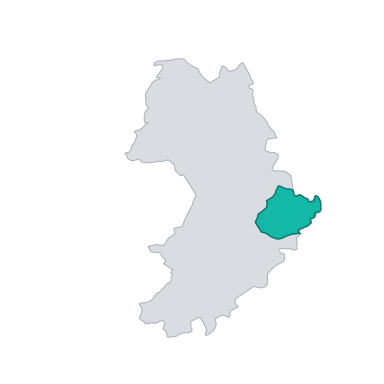 Siguiri on a map of Guinea (Natural Earth projection), rotated 58°
{"feature_id": "GIN-5657", "entity_name": "Siguiri", "entity_type": "Prefecture", "adm_level": 1, "iso_a3": "GIN", "parent_name": "Guinea", "parent_adm1": "", "projection": "natural_earth1", "projection_center": [-9.321, 11.681], "detail": "fine", "context": "in_parent", "style": "filled", "palette": "teal", "viewbox_px": 384, "rotation_deg": 58, "n_neighbors": 0, "source": "natural_earth", "source_scale": "10m", "svg_char_len": 5301}
<svg xmlns="http://www.w3.org/2000/svg" viewBox="0 0 384 384"><g transform="rotate(58 192 192)"><path d="M229.9,251.7L227.2,251.3L226.0,251.9L222.4,256.8L220.2,258.7L216.9,258.1L215.7,258.4L214.8,257.9L216.0,255.2L217.8,249.9L222.2,244.6L222.3,243.5L220.5,240.3L218.6,236.1L218.6,231.6L218.2,228.3L214.3,227.3L213.6,226.8L213.5,225.7L215.7,220.0L215.9,218.9L215.6,217.8L213.2,214.9L209.5,209.6L203.1,198.5L200.7,196.2L198.4,192.8L197.5,190.7L195.1,189.9L172.7,190.1L172.3,192.9L164.6,194.9L159.8,192.7L154.5,194.0L152.0,195.4L150.0,201.9L148.8,203.2L147.7,206.1L146.7,207.7L145.5,210.9L143.0,215.4L140.3,218.3L135.8,219.9L134.4,224.7L133.4,226.5L131.6,227.8L129.8,228.7L126.1,227.8L124.0,228.7L123.7,227.5L124.9,223.7L124.0,221.8L120.4,217.8L120.1,215.9L119.0,213.5L114.4,208.5L110.1,208.8L111.3,204.5L111.3,198.9L109.8,195.9L110.2,192.7L109.4,192.9L107.9,195.1L105.6,194.4L100.9,191.1L98.5,187.8L98.3,185.1L97.7,184.0L96.3,184.6L93.3,184.5L84.3,179.6L78.0,167.3L77.8,164.5L78.8,159.7L78.6,158.4L75.6,161.6L75.1,159.5L72.8,154.5L72.2,151.7L70.1,150.4L68.3,150.2L67.0,151.1L65.2,156.9L63.9,156.9L62.5,155.6L62.8,151.3L66.3,145.9L72.2,132.3L74.3,129.2L75.6,128.1L78.3,127.9L83.7,126.1L90.3,121.9L95.3,122.2L101.2,121.7L109.0,118.8L109.1,109.6L108.8,107.6L106.1,105.7L104.5,104.1L103.1,102.1L101.5,100.7L101.5,99.1L105.0,97.2L108.1,97.2L109.2,96.5L109.9,95.2L110.9,91.9L111.2,88.4L109.1,83.7L109.3,80.4L120.6,80.8L126.8,81.8L131.9,82.0L132.7,82.8L132.0,86.0L132.6,87.9L134.4,88.4L137.2,86.2L138.7,86.7L141.9,89.5L144.8,90.2L148.1,91.7L151.1,92.6L153.8,92.5L155.8,94.0L159.6,94.5L164.5,92.5L168.4,91.7L173.7,91.4L176.6,92.1L184.8,90.5L191.2,91.4L190.2,92.5L187.3,99.8L187.6,101.1L194.2,107.3L195.7,107.8L197.5,106.9L200.3,104.1L202.6,101.0L204.7,99.5L207.2,99.6L209.2,101.7L213.9,110.9L215.1,112.1L216.2,112.1L218.2,110.4L219.3,108.4L223.6,102.3L230.3,99.3L246.2,106.2L248.6,106.7L250.0,106.2L251.9,102.1L258.0,98.6L260.8,97.6L262.5,97.5L263.1,96.4L263.4,94.7L263.1,93.0L261.2,89.9L261.2,88.9L262.2,88.3L264.5,87.9L267.5,88.2L270.8,89.5L273.5,91.5L275.1,93.8L278.0,103.5L281.4,111.1L281.3,121.3L282.8,122.4L284.4,122.8L285.2,123.6L286.8,127.8L288.3,129.0L290.2,129.3L293.6,132.0L295.8,133.1L296.1,133.9L296.1,135.0L295.2,136.4L291.9,139.2L290.2,141.6L286.8,147.4L286.7,148.5L287.5,149.3L288.9,149.4L290.4,149.0L293.5,146.9L295.9,147.7L298.3,149.3L299.2,150.9L299.4,153.1L298.9,156.0L298.8,159.1L299.6,164.5L300.8,169.9L302.0,171.9L309.9,176.6L310.7,178.4L311.1,180.4L310.5,183.1L309.7,184.7L305.4,188.9L304.7,190.9L305.1,194.6L305.4,210.4L307.1,213.1L309.1,214.4L313.9,213.7L313.7,218.1L313.1,223.0L315.9,224.5L317.3,226.0L318.0,227.4L313.7,230.0L312.4,231.5L311.8,235.6L312.0,239.4L317.8,242.1L320.1,245.3L321.1,248.6L321.5,254.8L321.0,256.2L319.4,256.2L316.5,252.5L311.9,252.0L308.5,251.3L302.9,251.8L301.9,252.9L301.2,261.2L302.6,262.6L305.3,264.2L307.1,264.8L308.6,264.6L309.7,265.7L309.9,268.4L309.2,270.4L307.7,272.2L305.8,277.0L306.2,281.4L303.0,288.3L302.1,289.7L297.9,288.3L295.1,287.9L293.2,289.6L290.4,286.9L289.9,284.8L288.9,284.3L287.1,284.3L285.3,285.5L284.6,287.7L284.2,292.2L281.1,296.4L279.0,301.7L276.4,301.2L275.9,301.9L273.2,303.2L270.9,303.6L270.3,302.2L269.0,301.1L267.5,298.8L265.8,297.0L262.6,295.7L261.3,296.3L259.7,296.2L258.7,295.5L258.9,294.4L260.6,291.6L261.5,289.1L262.1,286.3L262.1,283.7L261.2,280.0L259.7,277.0L259.3,275.3L259.5,272.9L259.2,270.6L258.7,269.4L258.0,265.2L257.2,264.4L256.7,260.9L256.8,257.4L255.6,256.1L253.6,255.1L252.4,253.7L251.7,252.2L251.0,251.8L250.4,251.9L249.8,252.8L249.2,253.0L248.0,249.7L247.5,249.6L246.7,250.3L237.6,254.0L236.4,250.9L234.7,250.3L231.7,251.6L229.9,251.7Z" fill="#d9dde1" stroke="#a8b0b8" stroke-width="1"/><path d="M263.5,87.6L264.2,87.9L264.7,88.2L265.0,88.0L265.2,87.7L265.7,87.7L268.4,88.3L269.9,88.9L274.0,91.4L275.2,92.1L275.9,92.9L276.3,93.8L276.3,94.7L276.0,95.6L275.5,96.4L275.2,97.3L275.1,98.3L275.2,98.8L275.6,99.4L275.7,99.8L275.9,100.3L276.4,100.3L277.1,99.9L277.6,100.3L278.0,101.0L278.3,101.9L278.3,102.8L277.8,104.4L277.6,105.3L277.8,106.1L278.4,106.7L279.2,106.8L280.0,106.7L280.7,106.8L281.3,107.4L281.5,108.1L281.5,108.9L281.5,109.8L281.7,110.2L281.9,110.6L282.1,111.0L282.1,111.5L280.4,122.0L281.0,121.9L281.6,122.2L282.2,122.6L282.8,122.9L283.6,122.7L284.1,122.4L284.6,122.3L283.9,123.4L283.2,123.9L282.8,124.9L282.5,126.0L281.7,127.3L280.2,131.3L279.4,135.0L279.0,139.5L277.8,143.5L275.9,145.6L272.6,148.2L269.7,149.5L266.7,150.8L264.0,153.0L263.0,154.3L252.7,154.4L250.9,154.1L249.3,151.5L248.0,149.4L246.6,148.5L245.8,147.3L245.5,142.3L244.9,138.1L244.3,136.5L242.5,135.4L241.4,133.9L238.9,133.4L239.0,126.6L237.7,122.6L235.9,120.5L234.7,119.1L232.7,115.5L232.9,115.1L233.3,114.7L233.5,114.3L237.0,112.2L240.2,109.4L241.5,107.2L243.9,105.5L244.5,105.8L244.8,105.8L245.5,105.7L245.8,105.7L246.2,105.9L246.7,106.4L247.1,106.6L247.7,106.9L249.7,106.9L250.5,105.9L251.0,105.2L251.1,104.6L251.0,103.8L251.1,103.1L251.3,102.5L251.9,101.8L253.0,101.0L256.9,99.5L257.6,98.8L258.2,98.3L259.6,97.5L260.2,97.4L262.4,97.9L263.2,96.9L263.4,96.4L263.3,95.4L263.7,95.3L264.0,94.6L264.2,93.8L264.2,93.3L264.0,93.1L263.4,93.0L263.1,92.8L263.0,92.4L262.9,92.0L262.8,91.7L261.9,91.1L261.2,90.4L260.7,89.7L260.6,89.3L261.1,88.6L262.7,88.1L263.3,87.6L263.5,87.6Z" fill="#14b8a6" stroke="#0f766e" stroke-width="1.5"/></g></svg>